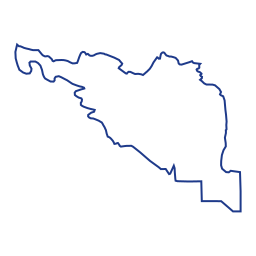 Al-Mahmoudiya, Babil, Iraq (Natural Earth projection)
{"feature_id": "34846034B92813694057989", "entity_name": "Al-Mahmoudiya", "entity_type": "district", "adm_level": 2, "iso_a3": "IRQ", "parent_name": "Iraq", "parent_adm1": "Babil", "projection": "natural_earth1", "projection_center": [44.202, 33.035], "detail": "fine", "context": "isolated", "style": "outline", "palette": "blue", "viewbox_px": 256, "rotation_deg": 0, "n_neighbors": 0, "source": "geoboundaries", "source_scale": "gbopen_adm2", "svg_char_len": 3415}
<svg xmlns="http://www.w3.org/2000/svg" viewBox="0 0 256 256"><path d="M97.8,120.3L98.6,120.6L100.4,121.7L101.1,122.1L101.7,122.4L102.7,123.9L103.0,124.6L104.6,127.3L105.5,129.3L105.9,130.1L106.4,132.3L106.7,133.7L107.1,134.8L107.7,136.6L109.0,137.1L109.6,137.5L110.1,137.8L111.2,138.9L112.9,140.9L113.7,142.3L114.4,143.9L115.8,143.7L117.0,143.2L117.9,143.0L119.2,144.7L119.7,145.8L120.9,146.6L124.5,146.1L126.4,145.9L126.5,145.9L131.3,145.8L133.0,146.7L136.8,149.7L140.2,152.4L145.5,157.0L150.0,160.9L155.1,164.6L158.7,167.2L160.9,169.1L165.7,169.0L169.1,174.1L170.2,173.7L173.8,165.7L174.6,168.2L174.8,172.2L175.3,178.6L175.6,180.7L177.5,181.2L188.9,181.5L201.3,181.3L201.4,185.2L201.8,201.1L210.8,201.1L221.2,201.2L233.0,211.4L240.6,211.4L240.6,209.6L240.6,191.2L240.1,175.1L240.0,172.1L234.1,171.3L230.7,170.8L229.1,172.1L228.8,172.3L226.1,172.1L222.1,168.7L221.1,165.3L221.2,161.0L221.9,155.1L223.5,150.2L225.8,146.4L225.7,143.1L224.9,137.7L225.9,133.1L225.9,131.7L225.9,131.1L225.8,130.2L226.3,129.7L226.5,129.4L226.5,128.9L226.4,126.6L226.3,125.0L226.6,121.6L226.1,115.6L226.0,114.5L225.4,109.7L224.6,100.4L223.2,96.3L220.8,95.2L220.0,94.4L221.0,92.0L219.3,89.0L215.0,85.3L212.5,84.6L206.4,84.5L204.2,83.4L201.7,81.0L200.1,79.8L201.8,78.3L202.0,76.8L200.9,76.2L200.2,75.1L201.4,74.1L201.5,73.6L199.8,72.1L198.1,71.6L197.0,70.7L196.6,69.5L197.3,68.8L198.6,68.5L199.3,67.7L199.2,65.0L200.2,63.8L195.8,63.3L194.1,63.1L193.0,62.5L192.8,62.4L192.0,61.2L189.6,62.1L181.6,64.6L179.7,64.4L178.7,63.5L178.0,60.5L176.9,59.3L175.9,58.2L175.6,57.9L173.6,57.2L171.0,56.5L169.3,56.5L168.1,56.0L166.5,55.5L165.6,54.5L164.6,53.1L163.7,52.4L162.5,52.5L161.5,53.3L160.9,54.1L160.3,56.9L160.0,58.6L158.8,58.7L157.5,57.4L157.1,57.3L153.5,62.4L151.6,66.1L149.8,68.8L146.9,71.7L146.2,72.2L145.8,72.6L144.3,73.9L143.0,75.0L141.2,74.3L138.2,73.8L135.1,74.0L133.6,73.4L130.4,71.9L128.6,71.8L127.6,72.6L126.8,73.6L125.8,73.4L118.7,68.2L119.1,67.2L121.6,65.0L122.2,63.6L120.5,61.7L119.1,60.0L114.2,57.6L108.8,55.5L106.3,54.5L105.2,54.4L104.0,53.7L100.2,53.1L97.0,53.8L95.5,54.4L94.0,55.3L92.4,55.8L90.8,55.8L89.4,55.4L88.5,54.4L87.8,53.9L86.6,54.3L86.2,54.5L85.6,53.5L85.0,52.6L84.3,52.1L82.7,51.9L81.2,52.9L80.4,54.3L79.2,57.2L77.9,61.0L77.1,62.9L74.8,63.3L72.7,63.4L70.5,62.5L67.7,61.0L65.4,60.4L63.7,60.1L61.6,60.0L58.7,60.1L57.2,60.1L55.5,60.3L54.6,60.8L53.6,61.3L52.6,60.9L51.8,59.2L50.5,58.0L49.0,56.6L47.6,56.1L47.1,56.1L45.8,56.4L44.7,56.3L42.8,55.3L41.9,54.4L39.2,51.1L38.4,50.1L35.7,50.1L33.0,50.1L32.9,50.1L30.7,49.6L29.0,49.1L26.7,48.6L24.1,47.9L22.1,47.0L20.4,46.3L18.9,46.2L17.1,44.6L15.4,51.9L15.4,52.2L15.7,58.4L16.8,62.5L17.7,65.5L18.9,68.5L19.3,69.7L23.1,72.5L26.3,73.7L29.7,73.4L31.2,71.0L31.5,68.7L29.8,65.5L29.5,63.1L29.4,62.8L30.6,61.5L35.3,61.5L36.6,62.2L38.1,63.1L40.4,65.6L42.0,69.9L42.9,74.2L43.6,76.0L44.2,77.2L44.9,78.2L45.1,78.5L47.0,79.6L50.5,81.5L53.6,81.6L54.6,80.4L54.6,78.4L55.7,76.8L58.8,76.2L61.2,77.2L65.2,79.3L67.0,80.2L71.6,83.3L72.6,83.9L76.6,85.4L79.7,86.4L81.8,86.8L84.0,87.7L84.3,88.5L83.4,88.8L81.1,89.4L78.2,90.4L75.8,91.2L74.7,92.7L74.9,95.0L76.4,96.2L78.7,97.6L78.8,97.6L81.4,98.4L82.0,99.6L81.7,101.5L80.8,102.9L80.9,104.3L80.9,104.9L82.0,105.8L83.7,106.7L87.5,108.1L90.4,108.9L91.4,109.1L93.1,109.5L94.7,109.9L94.1,111.7L93.5,111.9L92.4,112.3L91.3,112.6L88.2,114.9L88.1,116.3L89.0,117.4L90.7,118.3L93.3,118.5L95.4,119.3L97.8,120.3Z" fill="none" stroke="#1e3a8a" stroke-width="2"/></svg>